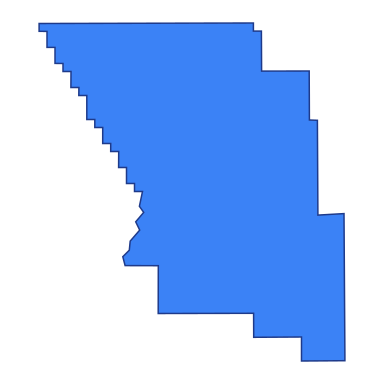 the district of Treasure, Montana, United States of America
{"feature_id": "52423323B86233996711525", "entity_name": "Treasure", "entity_type": "district", "adm_level": 2, "iso_a3": "USA", "parent_name": "United States of America", "parent_adm1": "Montana", "projection": "orthographic", "projection_center": [-107.432, 46.176], "detail": "fine", "context": "isolated", "style": "filled", "palette": "blue", "viewbox_px": 384, "rotation_deg": 0, "n_neighbors": 0, "source": "geoboundaries", "source_scale": "gbopen_adm2", "svg_char_len": 732}
<svg xmlns="http://www.w3.org/2000/svg" viewBox="0 0 384 384"><path d="M39.1,23.5L39.1,31.3L47.0,31.4L47.0,47.4L55.0,47.4L55.0,63.4L63.0,63.5L63.0,71.5L71.0,71.5L70.9,87.5L78.9,87.5L78.8,95.5L86.8,95.5L86.8,119.5L94.8,119.5L94.8,127.5L102.7,127.5L102.7,143.5L110.7,143.5L110.7,151.5L118.7,151.5L118.6,167.5L126.5,167.5L126.5,183.5L134.5,183.5L134.5,191.5L142.5,191.5L139.4,206.3L143.7,212.4L135.7,221.8L139.7,230.1L130.2,241.1L129.3,250.2L122.8,256.7L125.1,265.6L158.3,265.7L158.2,313.5L253.6,313.3L253.7,337.3L301.5,337.0L301.5,361.0L344.9,360.7L344.9,355.7L344.0,213.6L317.9,215.1L317.4,120.3L309.4,120.0L309.2,71.0L261.6,71.1L261.4,31.1L253.4,31.1L253.4,23.0L39.1,23.5Z" fill="#3b82f6" stroke="#1e3a8a" stroke-width="1.5"/></svg>